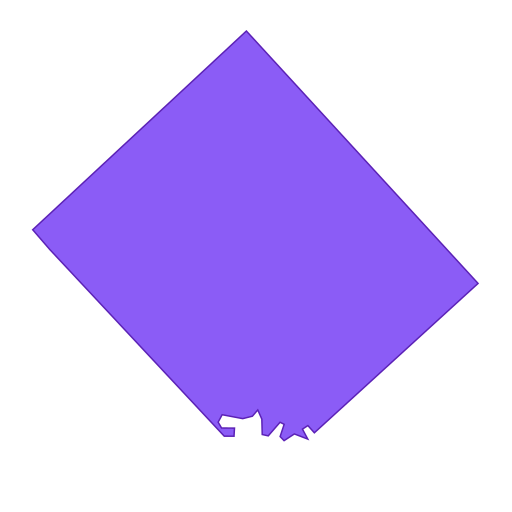 outline of Concho, Texas, United States of America, rotated 137°
{"feature_id": "52423323B74717321160891", "entity_name": "Concho", "entity_type": "district", "adm_level": 2, "iso_a3": "USA", "parent_name": "United States of America", "parent_adm1": "Texas", "projection": "natural_earth1", "projection_center": [-99.711, 31.334], "detail": "fine", "context": "isolated", "style": "filled", "palette": "violet", "viewbox_px": 512, "rotation_deg": 137, "n_neighbors": 0, "source": "geoboundaries", "source_scale": "gbopen_adm2", "svg_char_len": 476}
<svg xmlns="http://www.w3.org/2000/svg" viewBox="0 0 512 512"><g transform="rotate(137 256 256)"><path d="M112.3,84.5L109.6,427.1L401.4,427.5L402.4,401.2L402.1,145.9L395.0,139.2L389.1,144.8L398.5,153.7L397.0,160.3L389.0,163.0L376.6,146.1L367.9,141.3L359.7,142.2L363.0,132.7L373.2,121.2L369.7,116.1L351.8,118.0L350.2,113.7L361.5,107.5L361.4,101.8L349.3,99.7L343.0,86.8L340.1,97.7L333.7,96.6L333.9,86.9L112.3,84.5Z" fill="#8b5cf6" stroke="#5b21b6" stroke-width="1.5"/></g></svg>